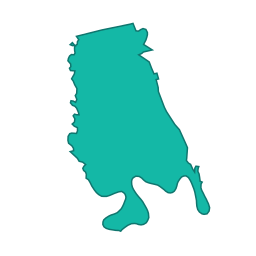 Aratiba, Rio Grande do Sul, Brazil, rotated 167°
{"feature_id": "56859067B33104884286181", "entity_name": "Aratiba", "entity_type": "district", "adm_level": 2, "iso_a3": "BRA", "parent_name": "Brazil", "parent_adm1": "Rio Grande do Sul", "projection": "natural_earth1", "projection_center": [-52.299, -27.381], "detail": "fine", "context": "isolated", "style": "filled", "palette": "teal", "viewbox_px": 256, "rotation_deg": 167, "n_neighbors": 0, "source": "geoboundaries", "source_scale": "gbopen_adm2", "svg_char_len": 2831}
<svg xmlns="http://www.w3.org/2000/svg" viewBox="0 0 256 256"><g transform="rotate(167 128 128)"><path d="M158.3,29.1L156.6,30.4L153.4,31.9L149.9,33.3L146.2,34.0L143.0,33.5L141.2,32.8L139.4,31.6L137.1,30.7L134.5,30.6L131.5,31.6L129.7,33.4L127.9,36.0L127.3,40.2L127.5,42.8L128.0,45.3L128.9,48.4L129.6,50.7L130.3,53.0L131.6,55.8L133.2,58.8L134.7,61.9L135.8,64.8L136.5,66.9L137.0,69.1L137.1,72.0L136.6,74.9L135.7,77.0L134.1,78.4L131.2,79.3L128.0,78.3L125.9,76.2L124.5,73.9L122.8,71.7L120.5,70.1L118.1,68.8L115.0,67.3L111.9,65.7L109.9,63.7L108.1,61.5L106.7,59.8L105.5,58.0L103.5,56.0L101.3,55.2L99.1,55.2L97.0,56.1L94.9,58.2L93.4,60.7L92.4,62.8L91.2,64.5L89.1,66.5L86.9,68.2L84.5,68.7L82.2,68.3L80.2,66.1L79.0,62.6L78.4,59.8L78.0,57.1L77.5,53.7L77.3,50.5L77.4,47.3L77.5,44.3L77.6,42.0L78.1,39.3L78.5,36.3L78.4,32.9L77.3,30.1L75.2,27.7L73.3,26.8L70.3,26.6L67.7,28.8L66.4,32.0L66.7,36.2L67.3,38.7L67.7,40.9L68.6,44.1L69.4,47.7L70.2,50.8L70.4,53.5L69.4,57.0L67.9,58.6L69.7,59.9L69.3,64.0L69.1,67.2L69.7,70.1L68.8,72.7L67.7,74.5L70.4,75.5L71.9,73.8L73.0,70.1L74.1,73.1L74.7,75.9L75.2,78.5L77.0,80.2L78.4,83.2L77.6,85.3L74.5,95.4L75.4,100.3L78.3,114.8L81.6,120.9L86.8,135.3L87.9,139.9L90.2,156.7L89.5,160.7L89.7,168.9L87.2,168.9L87.5,174.9L90.5,174.9L91.6,181.0L92.5,187.6L101.1,196.9L97.9,197.5L95.9,198.6L86.8,198.6L94.0,205.9L92.6,207.6L90.7,209.8L89.1,212.5L88.1,214.5L87.6,216.7L88.4,220.0L91.0,221.5L93.5,221.0L96.1,220.0L98.4,220.9L99.6,228.8L102.6,228.7L123.4,229.2L131.4,229.4L157.6,228.9L156.1,225.1L157.8,223.6L158.7,220.9L161.1,220.1L162.1,218.1L162.6,215.4L162.7,213.0L164.1,211.5L166.6,212.3L168.7,211.3L170.4,209.2L171.4,207.0L169.5,203.3L169.9,200.6L171.6,199.4L171.1,196.9L168.9,196.2L166.9,195.6L168.2,192.6L170.0,190.7L171.9,188.6L170.8,186.1L170.2,182.2L168.9,177.9L170.2,173.3L172.1,171.4L171.4,167.4L173.3,164.8L175.2,166.5L177.4,167.4L178.4,165.5L177.0,162.6L174.9,161.2L173.6,158.9L173.2,156.7L172.8,154.4L172.8,151.9L174.9,152.4L177.0,153.5L178.7,152.2L177.7,148.8L178.9,145.8L181.5,144.4L179.9,141.8L177.2,139.7L177.8,136.7L179.4,134.3L184.0,135.7L186.0,135.6L188.2,133.4L189.3,129.5L189.3,126.5L186.7,123.3L185.7,120.6L186.1,118.1L189.6,118.0L187.2,114.4L184.1,109.8L183.1,106.6L179.8,104.9L177.5,101.9L179.5,100.7L181.1,98.9L180.8,96.6L179.3,94.7L179.0,92.4L180.1,88.5L178.2,86.6L177.2,83.5L176.3,79.6L174.7,75.2L173.3,72.2L171.6,69.8L169.0,67.4L166.9,66.8L164.2,66.2L161.5,66.4L159.0,66.8L155.8,67.4L151.4,67.9L148.4,67.6L146.7,65.9L145.7,64.0L145.5,61.2L146.3,59.2L147.6,57.4L149.3,54.8L150.9,52.8L152.6,50.9L155.1,49.3L157.5,47.9L160.5,47.3L164.1,47.0L166.4,46.5L169.8,45.3L172.3,43.9L173.5,42.1L174.2,39.6L173.6,37.1L171.8,35.1L168.9,33.4L166.1,32.3L162.9,31.0L160.0,30.2L158.3,29.1ZM161.1,220.1L163.0,223.7L165.6,222.2L163.7,220.8L161.1,220.1Z" fill="#14b8a6" stroke="#0f766e" stroke-width="1.5"/></g></svg>